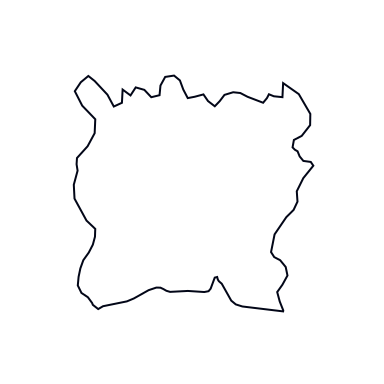 Varna, Equal Earth projection, rotated 75°
{"feature_id": "BGR-2260", "entity_name": "Varna", "entity_type": "Province", "adm_level": 1, "iso_a3": "BGR", "parent_name": "Bulgaria", "parent_adm1": "", "projection": "equal_earth", "projection_center": [27.58, 43.197], "detail": "fine", "context": "isolated", "style": "outline", "palette": "ink", "viewbox_px": 384, "rotation_deg": 75, "n_neighbors": 0, "source": "natural_earth", "source_scale": "10m", "svg_char_len": 1408}
<svg xmlns="http://www.w3.org/2000/svg" viewBox="0 0 384 384"><g transform="rotate(75 192 192)"><path d="M330.9,134.9L315.6,173.0L311.9,178.8L307.1,182.2L288.3,187.0L285.2,189.1L283.3,189.7L280.6,189.7L280.6,192.2L290.2,199.0L292.1,201.7L291.8,206.0L286.5,221.6L282.8,239.0L280.8,242.3L278.4,244.7L276.2,247.3L275.1,251.3L275.6,259.3L279.8,275.8L280.8,283.2L279.3,307.5L280.8,312.9L275.3,317.0L273.4,317.2L266.7,319.8L260.9,324.9L252.7,326.5L244.6,323.5L236.9,319.6L229.7,314.6L223.8,307.4L217.2,301.4L210.1,297.3L202.6,295.0L192.3,301.3L168.0,307.2L154.4,304.3L141.8,297.0L135.3,296.3L129.4,294.3L120.8,281.0L110.0,270.8L96.7,266.6L80.2,275.7L64.3,279.1L57.2,271.0L53.1,262.1L59.6,257.3L76.1,248.5L89.2,245.4L87.7,236.6L75.1,232.5L82.8,226.4L76.4,219.3L81.0,211.6L89.9,206.8L90.1,198.3L81.0,194.9L73.9,188.1L74.9,179.2L81.1,174.8L90.8,173.9L100.2,171.8L100.7,164.7L100.7,155.7L108.3,153.0L115.1,147.8L111.4,141.7L106.6,135.5L106.3,126.4L108.9,119.7L114.4,113.7L124.2,100.2L120.7,95.3L117.5,92.4L120.7,88.2L123.8,80.1L110.4,75.8L125.1,63.5L147.2,57.5L158.0,60.6L166.2,71.5L168.1,80.1L174.9,83.3L177.8,81.7L180.0,79.5L185.5,78.8L190.8,76.4L193.7,69.5L198.0,68.0L207.4,80.9L218.4,90.6L228.6,92.6L235.6,98.5L240.7,107.4L254.3,123.2L270.5,131.2L276.2,129.4L280.7,124.5L288.7,120.9L297.4,121.4L305.0,128.7L310.7,135.6L320.4,135.6L330.0,134.5L330.9,134.9Z" fill="none" stroke="#020617" stroke-width="2"/></g></svg>